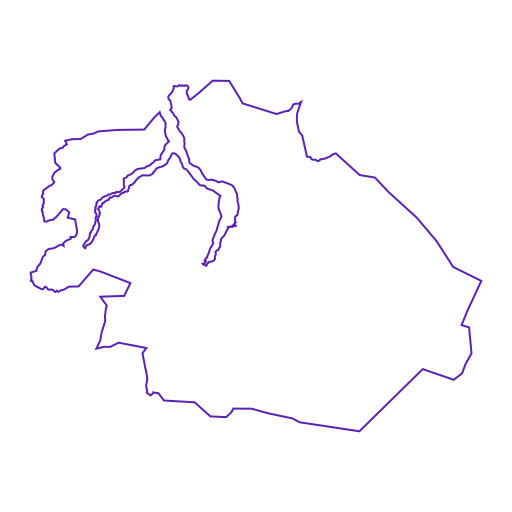 Aurland nor, Sogn og Fjordane, Norway
{"feature_id": "86288312B95170740502461", "entity_name": "Aurland nor", "entity_type": "district", "adm_level": 2, "iso_a3": "NOR", "parent_name": "Norway", "parent_adm1": "Sogn og Fjordane", "projection": "albers", "projection_center": [7.036, 60.871], "detail": "fine", "context": "isolated", "style": "outline", "palette": "violet", "viewbox_px": 512, "rotation_deg": 0, "n_neighbors": 0, "source": "geoboundaries", "source_scale": "gbopen_adm2", "svg_char_len": 5930}
<svg xmlns="http://www.w3.org/2000/svg" viewBox="0 0 512 512"><path d="M359.4,431.3L422.7,369.1L453.7,379.8L462.1,373.3L465.6,363.9L471.5,353.4L469.1,327.4L461.6,325.1L467.4,310.8L481.3,280.9L453.2,267.0L436.7,241.3L416.9,217.8L388.2,191.7L375.0,177.6L359.6,175.0L335.8,153.4L332.8,154.3L330.1,156.4L324.7,158.7L320.2,159.3L319.6,160.5L317.9,161.2L315.8,159.9L312.3,159.6L311.2,158.7L310.6,157.4L309.5,156.9L307.0,156.7L302.2,135.5L298.9,131.6L296.9,121.9L296.9,115.6L297.2,113.2L301.1,101.9L299.9,102.6L299.1,103.9L296.6,103.6L293.4,104.3L291.6,108.1L288.4,111.0L286.0,111.1L276.5,114.0L242.6,103.4L239.5,97.7L229.2,80.9L212.7,80.7L199.1,92.7L190.4,99.7L189.0,99.4L188.1,96.1L186.9,94.0L186.8,90.8L188.1,89.2L188.4,87.6L188.0,86.5L187.2,85.6L185.2,85.3L184.2,86.0L182.4,85.3L181.0,85.9L179.2,85.1L177.8,86.4L173.7,86.1L173.7,88.3L172.1,92.2L168.9,95.6L168.3,96.8L168.5,98.9L170.3,100.9L171.4,105.6L171.7,107.9L170.2,110.1L171.8,111.4L171.9,112.2L173.1,113.2L174.6,116.0L175.9,116.9L177.3,119.1L178.5,122.2L178.0,125.0L177.1,126.7L179.9,131.4L181.8,133.4L183.9,137.1L184.4,139.2L184.1,140.8L184.7,143.9L184.3,145.3L184.5,148.0L186.5,151.6L186.9,153.6L188.9,158.6L189.5,162.9L194.0,166.1L196.2,166.5L198.5,167.7L200.7,170.3L202.3,173.7L206.3,179.4L207.8,180.0L212.0,179.7L216.0,180.9L218.3,182.3L222.3,181.4L231.7,185.0L234.1,187.6L237.1,194.4L237.2,197.2L237.7,198.8L237.5,200.2L237.7,202.3L238.5,204.6L238.5,206.7L238.9,208.0L238.2,210.3L237.4,215.0L235.3,216.5L234.9,220.0L235.2,221.1L235.1,222.0L235.2,221.7L235.5,222.1L235.1,222.2L235.4,222.7L233.2,225.1L236.6,225.6L234.5,226.2L232.6,225.9L232.0,226.7L232.8,226.3L232.3,227.0L230.2,226.4L229.6,227.1L227.9,226.9L228.0,228.1L227.4,229.9L226.8,230.4L224.4,235.4L221.2,238.7L220.9,239.7L220.9,241.5L220.2,242.6L220.3,245.8L219.9,247.1L219.4,247.4L218.2,250.1L217.1,250.3L215.5,251.7L215.8,254.4L214.8,256.6L215.0,258.6L214.7,259.6L213.1,261.1L208.7,262.1L208.2,262.6L208.2,263.0L209.0,262.4L207.2,263.7L206.5,265.7L205.5,265.6L204.2,264.4L203.4,264.7L202.7,263.7L204.1,263.5L205.3,262.5L205.6,261.6L205.2,261.8L205.1,261.3L204.6,261.0L204.7,260.2L205.0,260.1L205.4,258.9L207.1,257.5L207.0,257.0L208.8,252.8L210.1,248.6L213.3,243.4L212.5,240.7L212.9,238.8L214.4,235.6L214.4,234.9L214.8,234.1L216.3,231.2L219.3,220.9L221.5,216.5L220.0,211.8L218.7,209.5L218.9,208.7L218.3,206.8L219.4,198.0L220.4,195.9L212.9,190.5L206.9,188.5L205.2,186.3L203.0,185.3L201.7,185.6L200.0,185.1L198.2,183.5L197.2,182.0L193.8,179.1L186.7,169.6L183.7,168.2L182.9,167.0L181.7,163.3L180.5,161.4L179.7,158.2L176.9,155.0L174.5,153.3L172.2,153.5L170.5,156.9L168.1,160.6L167.1,163.1L164.8,165.1L161.9,166.7L160.0,166.9L156.3,168.6L154.3,171.7L153.3,172.1L153.2,173.2L152.0,174.2L149.3,175.5L142.5,175.3L138.8,177.4L135.8,180.5L134.3,182.8L131.5,185.0L130.4,185.0L129.2,186.3L128.9,188.4L128.3,189.4L128.1,191.0L127.5,191.5L125.1,191.5L123.7,192.8L121.7,193.2L118.3,196.4L114.2,195.7L111.3,197.7L110.1,197.4L109.4,198.0L109.0,199.6L105.6,201.0L103.2,203.2L102.5,203.1L101.3,206.6L100.5,206.8L100.6,206.3L100.2,206.1L99.4,206.5L99.5,207.2L98.7,207.7L98.0,209.2L99.3,210.7L100.0,212.9L99.5,213.7L99.5,215.5L98.7,216.6L97.8,219.5L98.0,221.6L98.7,222.8L99.4,225.7L98.5,229.3L96.0,234.6L96.1,235.0L94.7,235.7L92.9,240.2L91.2,242.5L91.2,242.9L89.7,244.1L86.6,245.4L85.9,246.4L85.5,247.2L85.6,247.9L85.2,248.3L83.4,246.6L83.3,245.4L85.3,242.3L86.3,241.0L87.5,240.5L88.7,238.8L89.8,235.8L89.7,234.2L90.0,233.1L90.9,232.4L91.4,231.0L92.9,229.0L93.1,227.2L95.1,223.9L95.3,222.1L95.7,221.2L95.8,218.8L95.5,217.7L96.6,216.4L96.4,213.9L95.0,212.3L95.4,211.2L94.9,210.0L95.6,208.8L95.7,208.2L95.3,207.7L95.4,206.9L96.3,206.0L96.3,204.0L96.9,203.1L96.6,202.5L98.2,200.6L101.0,199.4L102.6,197.3L106.7,195.7L108.0,194.6L109.7,194.6L112.8,193.0L115.6,192.9L116.2,191.9L118.6,192.2L121.0,191.1L124.4,187.4L124.5,186.8L123.8,185.4L123.7,183.9L124.0,181.4L123.6,179.4L124.1,178.3L126.3,177.6L127.5,175.8L131.3,174.0L133.8,172.1L134.7,170.7L137.5,169.0L144.5,168.0L146.6,166.5L150.3,165.0L151.6,163.5L152.9,162.9L155.0,160.4L160.3,159.3L160.7,155.0L164.5,149.4L164.3,148.0L164.8,145.8L165.7,144.5L169.0,141.3L168.2,140.5L165.9,136.1L164.9,131.5L164.9,129.6L165.6,127.2L165.4,125.4L165.7,123.4L164.1,120.2L163.3,119.6L162.7,118.0L160.8,115.8L159.7,112.2L154.6,117.1L144.2,129.6L117.7,129.9L98.3,131.4L93.7,133.5L87.9,134.6L80.7,139.0L72.1,139.2L65.2,140.7L66.9,144.3L64.0,146.0L62.8,147.7L59.4,148.7L54.3,153.4L55.3,163.0L59.5,166.8L60.3,167.9L60.3,168.9L58.0,169.8L56.9,171.0L54.5,172.5L52.2,177.0L52.5,179.5L54.3,182.0L53.9,182.6L51.5,185.3L50.2,185.4L43.5,190.4L42.9,191.7L43.2,193.8L42.3,195.0L41.7,196.9L43.3,198.2L43.8,199.3L43.6,199.7L43.9,202.4L43.4,203.4L43.5,203.9L42.6,205.0L43.0,205.5L42.7,206.8L43.0,207.2L41.7,209.2L42.2,210.5L42.0,211.4L42.8,212.7L42.9,214.8L43.8,217.4L44.2,220.8L44.6,221.5L46.7,221.6L49.4,220.3L52.9,219.7L56.5,216.8L63.0,209.1L65.8,209.3L69.2,212.3L67.7,217.7L75.3,219.5L75.6,222.6L77.0,230.1L77.1,232.5L76.0,235.5L74.6,237.0L70.5,237.0L70.8,238.7L65.9,240.9L63.9,242.7L63.2,243.4L63.6,245.9L61.9,244.9L60.2,244.7L54.2,248.1L48.6,249.0L45.6,251.4L45.1,255.0L43.1,256.4L40.1,264.0L39.2,264.6L36.9,268.1L36.4,270.8L30.8,272.6L30.7,274.5L31.5,276.9L31.0,280.9L32.2,280.7L34.1,284.9L34.9,285.6L41.2,289.0L43.0,289.2L45.1,286.7L46.6,287.4L47.8,289.2L49.4,289.8L51.4,289.4L53.9,290.6L55.0,292.0L56.1,291.7L56.9,290.7L58.7,291.8L60.0,290.7L64.2,289.5L68.9,286.7L78.6,286.4L93.3,269.5L100.9,271.7L130.4,283.1L124.2,295.9L100.3,296.7L106.7,305.5L106.7,306.5L106.0,307.8L105.4,312.4L105.0,316.1L105.2,321.0L101.6,332.6L100.2,340.5L96.4,348.6L103.8,346.9L110.2,346.9L118.5,342.7L146.4,348.0L142.5,353.2L145.0,366.6L146.5,373.2L147.3,378.9L146.1,386.1L147.1,390.7L146.8,392.7L150.6,395.4L153.5,392.9L153.4,392.5L158.4,393.2L163.9,400.5L194.6,402.3L210.4,416.4L226.2,417.1L231.4,412.2L233.3,408.6L251.7,408.7L267.7,413.2L292.4,418.4L299.6,422.3L359.4,431.3Z" fill="none" stroke="#5b21b6" stroke-width="2"/></svg>